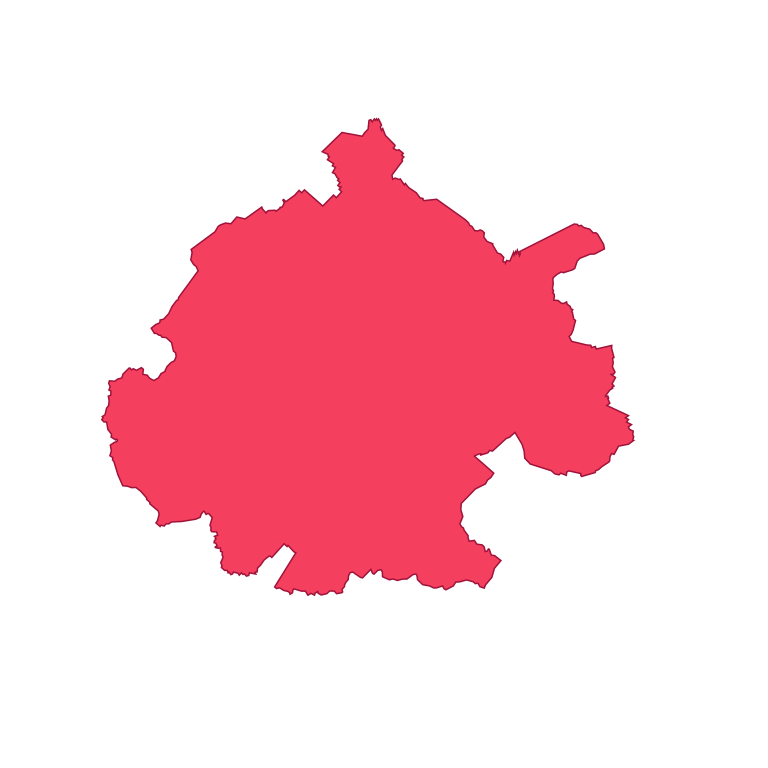 outline of Atotonilco el Alto, Jalisco, Mexico, rotated 216°
{"feature_id": "50627088B13476229601831", "entity_name": "Atotonilco el Alto", "entity_type": "district", "adm_level": 2, "iso_a3": "MEX", "parent_name": "Mexico", "parent_adm1": "Jalisco", "projection": "robinson", "projection_center": [-102.554, 20.541], "detail": "fine", "context": "isolated", "style": "filled", "palette": "rose", "viewbox_px": 768, "rotation_deg": 216, "n_neighbors": 0, "source": "geoboundaries", "source_scale": "gbopen_adm2", "svg_char_len": 6171}
<svg xmlns="http://www.w3.org/2000/svg" viewBox="0 0 768 768"><g transform="rotate(216 384 384)"><path d="M395.8,139.8L394.9,141.3L395.2,143.2L391.2,145.1L388.7,144.3L388.4,147.4L386.2,147.0L385.1,148.3L382.4,147.7L380.9,149.6L381.9,152.1L376.0,154.9L377.7,155.7L376.2,157.5L378.1,160.8L377.4,164.8L377.5,171.2L375.9,177.0L375.2,177.8L372.8,177.7L370.9,196.1L366.9,195.5L366.8,197.0L358.3,195.3L356.1,195.6L353.2,155.5L350.6,155.4L348.8,157.7L343.9,158.0L340.1,159.6L337.9,159.8L336.4,158.7L335.3,161.3L336.5,163.5L336.5,165.3L329.1,167.9L325.8,170.2L321.4,168.4L320.0,171.7L316.1,172.3L316.8,174.3L315.7,177.1L314.4,176.0L310.8,176.4L307.0,180.8L306.3,184.6L302.5,187.2L299.1,186.5L295.4,190.4L295.2,191.4L297.2,193.3L296.9,197.0L297.8,198.2L298.3,201.3L298.0,204.7L300.0,208.0L300.5,211.5L298.7,213.5L289.4,213.7L287.4,214.5L285.7,226.3L282.0,224.1L280.3,224.3L279.5,229.5L277.3,232.0L274.9,231.0L271.9,227.2L264.5,228.8L262.2,231.5L257.6,233.0L254.4,237.0L250.8,239.7L248.6,246.7L246.5,249.0L245.0,248.6L241.9,245.4L234.7,244.4L228.5,247.4L223.9,248.2L221.6,250.0L217.9,255.0L214.9,253.6L213.0,253.9L209.2,261.4L209.5,265.9L206.4,268.5L202.0,274.0L195.4,276.5L192.9,276.1L190.8,278.0L187.3,276.4L182.9,277.8L183.8,281.1L183.1,290.9L186.3,299.7L185.6,309.9L193.6,310.2L196.6,308.6L201.7,312.2L202.6,311.9L202.3,309.5L203.6,308.0L207.4,311.2L210.2,311.5L214.6,309.0L219.0,310.6L222.6,306.9L225.9,309.2L226.7,310.7L233.5,312.9L235.0,314.2L237.2,314.1L240.4,315.4L242.3,323.1L247.9,327.4L251.3,332.8L248.4,352.8L243.2,362.8L243.8,367.2L242.6,371.0L242.8,376.4L268.4,378.8L268.4,379.4L265.6,383.7L264.6,384.5L264.0,383.4L260.4,388.1L259.5,389.6L259.5,392.3L256.8,393.5L253.1,411.7L251.1,414.9L249.6,421.8L237.0,416.4L231.4,412.3L226.5,406.7L218.7,405.2L197.6,412.2L193.0,411.7L189.0,413.4L188.6,415.7L182.8,417.3L184.4,420.1L183.5,422.3L172.2,427.2L171.0,425.6L169.7,425.4L161.1,436.5L161.8,438.1L160.1,440.9L159.2,445.2L156.2,453.0L156.3,454.6L158.5,458.0L158.9,461.6L156.5,462.3L157.7,471.6L150.8,479.0L148.9,485.0L149.7,484.6L151.0,488.1L152.8,489.0L154.7,492.4L158.7,491.6L161.1,493.0L159.9,496.6L165.4,495.8L165.3,499.0L168.8,498.5L167.6,502.1L191.1,497.6L190.0,501.2L194.4,503.7L194.0,504.6L195.9,505.8L196.5,504.6L197.8,504.3L197.8,511.9L196.5,514.9L197.6,515.3L196.7,517.5L199.5,518.1L200.5,525.3L205.8,525.3L204.0,527.1L204.1,529.4L209.5,532.3L210.8,535.6L214.2,539.2L213.5,540.6L220.9,546.7L222.4,549.1L232.9,537.0L235.0,538.6L237.6,535.5L239.4,536.9L243.2,534.6L257.2,528.8L262.1,531.2L261.7,534.3L262.7,538.7L266.4,548.0L268.7,548.1L273.7,552.7L274.7,552.8L275.0,555.1L276.9,554.8L279.0,556.2L282.7,556.2L284.5,557.7L285.9,554.9L287.9,553.6L292.3,553.9L295.9,551.6L297.7,555.1L299.2,556.7L301.2,557.0L301.5,558.9L303.9,560.4L306.0,564.5L309.3,568.4L309.5,570.0L308.5,574.4L306.5,578.7L304.2,579.6L298.7,587.0L297.6,589.6L299.9,596.8L299.5,600.7L293.5,610.3L290.0,613.0L285.1,622.9L288.4,626.0L299.3,630.8L301.4,630.9L303.7,629.2L308.6,630.2L314.5,628.0L317.7,628.3L319.3,626.3L321.3,626.8L324.2,625.2L352.1,570.9L350.6,569.9L349.8,567.5L354.8,570.7L353.6,567.4L355.4,568.5L354.5,564.8L356.6,566.7L354.4,557.3L357.4,556.1L356.8,553.3L357.6,554.0L359.1,553.0L360.1,553.4L361.5,556.8L365.8,557.7L369.3,556.7L378.1,560.5L378.4,561.4L384.3,559.9L389.6,561.5L391.8,565.3L394.8,565.7L396.8,565.1L398.1,562.9L400.8,561.4L405.6,563.2L407.9,562.7L410.3,564.1L414.8,564.7L450.0,564.4L459.5,555.8L461.2,556.2L461.5,557.0L464.2,555.8L470.3,557.7L479.5,557.4L484.6,558.8L484.5,557.0L491.4,559.5L492.0,558.4L496.0,557.2L497.3,554.8L500.4,557.7L500.1,575.4L501.6,576.1L501.4,579.4L504.0,579.3L504.0,581.9L509.6,582.3L511.1,580.5L515.0,580.2L515.1,583.2L515.7,583.7L529.0,585.9L535.2,589.9L535.1,587.8L538.1,589.7L538.1,591.9L541.2,593.7L544.2,595.2L544.4,593.4L545.9,594.2L546.1,592.2L547.6,592.8L547.7,589.1L550.0,590.1L551.1,588.5L546.6,580.7L547.4,575.9L547.2,571.7L565.8,562.8L570.5,535.6L564.3,536.9L563.1,535.5L561.8,535.7L561.6,532.2L554.3,532.6L554.0,530.1L550.6,530.7L549.9,524.7L547.2,525.3L543.5,523.5L541.1,523.3L541.3,521.5L538.0,521.1L538.1,517.5L536.1,517.3L534.6,518.0L534.4,518.9L534.8,515.1L531.3,514.6L532.1,506.7L535.9,507.2L538.1,492.0L562.5,494.3L563.0,490.3L566.5,490.7L567.2,484.1L570.6,473.8L573.6,474.3L573.9,473.3L571.2,472.0L570.3,467.6L571.9,465.7L571.4,465.1L572.9,460.3L574.3,460.5L579.5,456.3L580.3,453.7L579.3,452.9L585.0,454.1L586.9,455.3L593.4,435.9L601.2,432.6L602.0,423.7L606.9,421.0L609.9,416.5L610.8,414.1L610.2,407.8L619.1,379.5L616.6,377.7L613.3,370.9L608.3,368.8L605.1,368.7L600.9,366.3L601.0,333.5L600.0,330.7L600.9,329.7L601.0,322.0L599.5,314.3L600.4,306.9L602.8,304.1L601.6,302.4L601.8,301.0L603.7,297.8L605.1,292.3L599.5,290.0L598.1,291.1L594.8,291.2L593.4,292.1L591.1,291.4L587.4,293.5L580.3,292.7L573.6,286.8L571.0,286.8L568.3,284.1L567.2,279.6L568.9,276.2L569.8,270.7L568.7,265.1L570.5,261.4L570.1,256.4L572.2,251.6L576.9,250.8L580.6,252.0L584.8,250.1L587.4,254.5L589.9,254.6L592.3,249.5L595.7,249.1L596.7,247.0L598.8,247.6L599.6,247.0L601.0,238.7L599.7,234.7L602.4,231.5L603.4,228.0L608.0,225.2L607.2,222.8L603.9,220.8L603.0,217.4L600.8,217.8L598.5,214.4L599.9,212.1L596.7,209.1L594.1,204.8L594.2,201.3L591.6,195.1L592.8,192.0L591.4,191.5L591.4,189.3L588.3,188.7L586.0,190.2L580.7,184.9L574.9,183.2L573.6,180.7L568.3,181.0L568.0,182.2L566.7,182.1L566.3,180.3L567.8,178.4L569.5,173.7L565.3,169.7L563.6,164.9L560.1,165.0L559.1,163.1L556.9,162.5L546.1,154.3L535.5,148.1L531.4,150.6L527.4,151.7L523.8,154.5L517.5,154.2L509.1,152.3L508.2,151.1L503.7,150.6L503.0,149.4L492.1,148.6L489.4,146.5L487.0,140.5L486.8,137.6L481.4,137.1L481.5,138.6L478.3,139.9L478.2,142.6L475.9,144.4L474.8,147.5L466.8,153.9L456.8,164.0L454.4,168.1L455.4,171.4L455.2,174.8L454.5,175.3L451.3,173.9L450.3,175.8L449.5,176.1L444.4,174.9L441.8,167.5L439.5,166.2L438.1,163.8L436.5,163.3L432.5,165.9L429.7,163.9L431.5,161.3L430.5,161.5L430.0,160.1L428.9,160.0L429.0,157.2L428.2,155.7L426.5,156.4L423.7,154.9L424.8,153.2L424.4,152.6L422.0,153.4L420.0,155.2L417.8,152.5L416.0,153.1L414.5,150.5L412.4,149.4L411.1,143.6L408.1,141.5L407.7,140.0L403.4,139.5L401.3,141.0L399.1,139.6L398.9,140.7L395.8,139.8Z" fill="#f43f5e" stroke="#9f1239" stroke-width="1.5"/></g></svg>